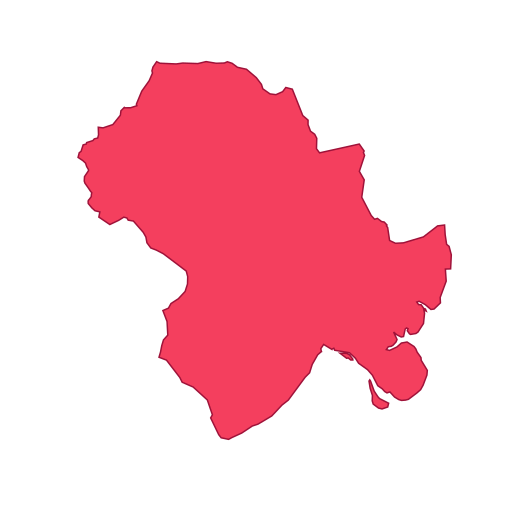 outline of Dubreka, Dubréka, Guinea, rotated 281°
{"feature_id": "49546643B20116898332008", "entity_name": "Dubreka", "entity_type": "district", "adm_level": 2, "iso_a3": "GIN", "parent_name": "Guinea", "parent_adm1": "Dubréka", "projection": "mercator", "projection_center": [-13.536, 10.125], "detail": "fine", "context": "isolated", "style": "filled", "palette": "rose", "viewbox_px": 512, "rotation_deg": 281, "n_neighbors": 0, "source": "geoboundaries", "source_scale": "gbopen_adm2", "svg_char_len": 3126}
<svg xmlns="http://www.w3.org/2000/svg" viewBox="0 0 512 512"><g transform="rotate(281 256 256)"><path d="M178.8,348.3L179.1,348.3L180.3,350.0L178.5,351.2L178.9,366.2L174.6,373.1L170.3,377.2L169.7,378.5L165.7,387.2L161.2,393.0L151.9,400.3L149.7,405.3L147.5,408.2L146.6,410.7L148.1,413.4L144.0,418.9L142.3,423.5L142.0,426.4L143.1,430.3L144.4,433.0L152.3,440.1L156.2,443.1L161.1,444.7L171.7,446.5L176.4,446.0L185.1,438.1L187.8,437.3L192.4,432.5L195.3,430.6L197.3,428.4L200.4,420.7L198.3,415.3L193.6,411.7L188.8,405.1L189.0,401.8L192.2,403.2L193.1,405.9L194.5,407.5L198.2,409.8L200.9,410.4L207.6,405.6L205.5,409.4L204.2,414.0L205.1,416.2L212.8,416.4L214.1,417.5L213.7,419.1L211.5,418.8L208.9,421.5L208.5,422.6L210.4,427.7L212.2,429.5L221.7,433.3L231.9,432.4L235.2,431.0L234.4,433.6L236.3,432.4L236.5,430.7L239.6,427.5L239.3,424.9L241.5,422.6L242.7,424.7L240.6,431.4L236.9,437.9L237.9,440.9L245.2,446.0L250.4,444.7L267.6,447.5L279.3,444.4L280.5,449.5L294.4,447.5L302.3,443.7L303.8,440.9L313.1,437.6L322.4,435.2L320.2,428.5L306.7,416.7L297.0,398.1L295.1,390.5L296.7,384.2L309.1,379.8L310.4,378.3L311.4,378.7L313.8,375.4L313.8,372.7L316.1,368.0L314.7,365.4L317.7,361.4L333.8,348.6L351.4,347.7L358.8,341.3L375.4,343.4L378.1,341.7L379.7,342.1L385.6,336.0L380.5,324.3L374.9,311.4L369.4,298.7L372.8,294.9L383.1,293.2L386.7,290.4L388.9,285.7L394.9,282.0L399.3,281.2L402.8,275.1L426.7,259.8L427.1,253.1L422.4,250.8L418.2,244.8L417.8,238.8L421.4,230.8L425.5,228.6L431.1,222.3L437.5,211.0L437.7,201.8L440.6,195.8L441.2,190.8L439.4,188.1L437.6,180.1L437.3,169.9L433.8,162.2L431.4,147.2L429.3,141.0L426.9,124.9L427.8,121.4L421.8,118.8L417.9,118.5L415.8,119.5L407.7,117.7L396.0,112.4L382.2,109.6L380.8,110.4L377.6,104.6L376.3,98.3L376.5,98.2L372.8,95.7L368.3,96.0L357.7,90.4L352.6,81.4L352.3,76.6L344.9,78.3L341.6,78.1L340.1,74.9L338.2,73.9L335.0,68.1L333.6,68.1L332.1,65.1L325.3,64.3L323.7,62.8L318.8,62.5L316.6,67.8L314.7,70.9L311.4,72.8L308.9,75.0L307.8,75.3L301.2,72.5L296.8,73.1L294.8,74.2L291.5,77.7L287.9,81.3L286.8,82.7L284.4,82.7L283.0,83.0L280.5,81.9L278.6,80.8L277.5,80.8L275.5,81.3L271.9,85.7L269.7,89.3L269.5,94.3L264.2,94.3L259.0,106.5L264.8,114.4L268.9,118.8L268.7,122.0L266.8,123.7L266.9,129.0L257.7,140.8L253.6,144.3L248.2,146.4L243.8,151.2L242.8,156.9L240.5,164.7L227.9,190.4L222.7,192.9L215.4,194.1L207.7,193.2L199.2,187.9L193.1,181.6L188.1,180.0L184.7,175.0L174.7,181.2L161.5,184.5L156.0,181.2L150.0,180.6L143.4,180.6L138.1,180.1L136.7,188.0L122.2,204.4L118.0,207.6L115.4,219.3L105.4,235.7L91.8,243.5L88.4,242.4L73.5,253.5L70.9,256.5L70.8,264.1L73.2,267.0L79.5,275.8L88.4,284.8L91.3,290.0L102.0,302.0L114.7,310.0L120.7,315.2L146.4,327.4L151.6,330.9L157.1,331.5L160.4,331.9L170.8,335.4L174.4,338.2L174.6,338.5L174.7,338.4L177.4,337.3L182.1,339.3L178.8,348.3ZM139.6,404.5L141.1,402.5L145.1,398.6L145.9,397.8L155.1,392.3L156.1,391.3L154.8,390.8L147.9,393.3L141.3,396.9L136.0,397.7L133.0,399.3L130.1,405.3L129.9,408.9L132.9,414.1L136.8,414.3L139.6,404.5ZM173.4,370.6L176.8,366.7L177.7,363.6L176.6,357.0L172.9,364.5L173.5,366.0L172.0,368.8L172.4,370.9L173.4,370.6Z" fill="#f43f5e" stroke="#9f1239" stroke-width="1.5"/></g></svg>